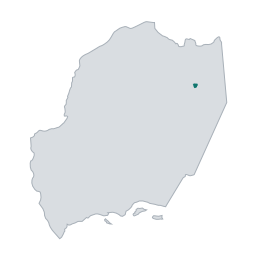 Nyamagana, Mwanza, United Republic of Tanzania shown in context, rotated 85°
{"feature_id": "72390352B17873975087440", "entity_name": "Nyamagana", "entity_type": "district", "adm_level": 2, "iso_a3": "TZA", "parent_name": "United Republic of Tanzania", "parent_adm1": "Mwanza", "projection": "albers", "projection_center": [32.9, -2.576], "detail": "fine", "context": "in_parent", "style": "filled", "palette": "teal", "viewbox_px": 256, "rotation_deg": 85, "n_neighbors": 0, "source": "geoboundaries", "source_scale": "gbopen_adm2", "svg_char_len": 4414}
<svg xmlns="http://www.w3.org/2000/svg" viewBox="0 0 256 256"><g transform="rotate(85 128 128)"><path d="M91.3,185.5L88.2,183.9L85.5,182.9L83.2,181.8L82.2,180.8L80.0,180.4L78.2,180.2L76.5,179.2L73.0,178.9L72.6,178.2L72.5,176.8L71.9,176.4L70.7,176.0L69.3,176.0L68.4,176.3L68.0,176.2L66.8,175.3L65.8,174.2L65.4,172.5L63.7,171.4L61.9,170.5L56.8,170.6L56.0,170.3L54.7,169.5L53.3,168.0L52.2,166.4L51.1,164.1L50.1,161.1L44.2,149.0L43.6,146.7L42.4,144.2L40.5,141.1L38.5,138.8L35.8,136.7L32.7,134.6L31.1,133.2L27.9,127.5L27.2,124.9L26.7,122.1L26.9,121.0L28.9,117.4L29.1,116.4L28.9,115.1L27.9,112.2L26.6,108.8L24.1,102.5L23.7,100.9L23.8,99.7L25.2,93.3L25.2,92.4L31.1,92.6L35.4,89.7L39.2,85.6L39.9,83.8L41.4,81.1L42.9,79.8L43.5,78.9L44.4,76.2L46.3,74.4L48.3,73.0L47.9,72.0L48.1,71.6L49.2,70.9L51.2,70.3L51.6,68.9L51.6,67.3L51.3,66.4L51.3,65.4L51.0,64.8L49.7,64.7L47.7,63.9L46.0,63.5L44.9,63.1L44.5,62.7L44.3,61.8L45.2,59.3L44.3,58.3L46.4,54.3L46.7,53.8L47.5,53.7L48.7,53.3L49.8,53.1L50.7,53.2L51.3,53.1L51.9,52.6L52.4,51.2L52.8,48.9L52.6,47.1L51.7,45.6L51.5,43.4L51.9,40.5L51.6,38.0L50.6,36.1L49.7,34.9L48.2,34.3L45.8,31.3L45.1,29.9L45.3,29.0L46.1,28.6L47.5,28.7L48.9,28.4L50.2,27.6L51.5,27.3L52.2,27.5L111.2,27.4L180.1,66.1L180.4,66.6L181.0,69.9L180.8,71.0L179.8,72.9L179.4,73.9L179.4,74.6L179.7,74.9L180.6,75.0L181.4,75.4L181.6,75.8L182.2,77.2L183.0,77.9L209.1,97.0L209.7,97.3L209.3,98.8L207.8,102.7L207.7,104.3L207.1,106.1L206.5,107.4L205.0,112.8L203.7,114.8L202.0,119.5L201.7,123.1L202.6,125.7L203.0,128.1L205.0,130.4L206.6,131.2L207.7,132.3L209.6,134.7L210.7,137.2L214.1,138.4L215.5,141.1L215.0,143.0L213.4,144.6L211.8,147.1L210.6,150.4L210.6,155.5L211.4,154.7L213.2,155.9L213.4,159.7L211.5,164.0L210.9,166.0L210.8,167.8L212.1,173.0L214.2,175.6L214.0,176.4L213.5,177.1L217.0,181.8L216.7,185.9L218.0,189.1L218.6,191.8L219.5,193.9L219.6,195.4L218.5,197.0L221.1,197.4L222.6,198.7L223.3,200.0L225.2,199.9L226.2,200.8L227.7,201.5L230.9,203.6L231.7,204.7L232.3,205.7L223.3,212.3L220.1,214.0L217.8,214.8L215.4,215.2L213.1,216.2L210.9,217.9L208.0,218.7L204.6,218.7L201.0,219.8L195.3,223.2L192.0,221.3L189.5,220.7L186.5,220.7L184.7,220.9L184.0,221.3L183.4,222.5L182.9,224.4L181.0,226.2L177.6,228.0L174.4,228.6L171.5,228.2L169.6,227.4L168.6,226.4L167.1,225.9L165.1,226.0L163.2,226.7L161.4,228.1L158.5,228.7L154.5,228.5L152.4,227.8L152.1,226.7L150.3,225.3L147.1,223.8L144.8,223.7L143.3,225.2L141.9,226.1L140.7,226.5L139.5,226.6L137.9,226.1L133.5,226.0L129.4,226.0L128.9,223.9L128.1,222.6L127.3,221.8L125.9,221.6L125.5,221.0L125.0,219.7L124.3,218.6L123.4,217.6L122.8,216.8L122.6,216.0L122.8,215.1L123.6,212.9L123.9,211.4L123.8,209.8L123.4,208.3L122.4,206.4L122.5,205.9L122.1,204.6L122.1,203.7L122.3,202.6L122.1,201.1L121.3,198.0L121.3,197.1L120.4,195.6L117.6,192.0L117.5,191.6L113.1,187.9L111.4,187.1L110.8,187.8L110.5,188.4L110.7,189.6L110.6,190.2L110.4,190.4L109.4,190.4L108.8,190.3L107.1,189.3L105.8,189.1L102.6,189.2L101.5,189.5L100.6,189.2L99.0,187.6L97.0,187.2L95.2,187.1L92.3,185.2L91.3,185.5ZM214.7,125.2L216.1,129.2L215.9,129.9L214.9,130.4L214.3,130.4L213.7,129.8L213.3,128.4L212.5,128.7L211.2,127.1L209.9,127.0L208.8,125.1L209.2,123.4L209.0,120.6L210.4,119.1L211.2,116.6L212.1,118.3L212.3,121.0L213.5,124.1L214.7,125.2ZM221.7,101.3L221.8,102.3L221.5,103.2L221.6,106.0L221.4,107.9L220.4,110.5L219.5,111.5L218.7,111.2L218.1,110.7L217.6,110.0L218.6,105.2L218.1,101.7L220.1,102.1L221.7,101.3ZM218.5,159.1L217.5,159.3L217.1,159.1L216.5,158.3L217.5,157.6L218.6,156.3L221.0,154.4L222.2,152.9L222.0,154.4L220.6,157.6L219.4,157.8L218.5,159.1Z" fill="#d9dde1" stroke="#a8b0b8" stroke-width="1"/><path d="M90.9,55.9L90.8,56.0L90.7,56.0L90.8,56.2L90.9,56.3L91.0,56.4L91.0,56.5L91.1,56.8L90.9,56.8L90.7,56.7L90.7,56.8L90.8,56.9L90.7,56.9L90.6,57.0L90.6,56.9L90.7,57.0L90.8,57.1L90.7,57.3L90.6,57.2L90.6,57.3L90.6,57.5L90.4,57.6L90.2,57.6L90.2,57.8L90.3,57.8L90.2,57.8L90.2,58.0L90.3,58.2L90.3,58.3L90.5,58.4L90.5,58.5L90.7,58.4L90.8,58.3L90.8,58.2L91.0,58.2L91.1,58.3L91.3,58.5L91.5,58.5L91.5,58.4L91.8,58.3L92.0,58.3L92.1,58.2L92.3,58.2L92.5,58.1L92.8,58.1L93.0,58.1L93.3,57.9L93.3,57.7L93.2,57.5L93.2,57.4L93.1,57.2L93.0,56.9L92.9,56.8L92.9,56.7L92.7,56.5L92.7,56.4L92.4,56.3L92.1,56.4L91.9,56.3L91.7,56.3L91.6,56.2L91.4,56.2L91.4,55.9L91.4,55.7L91.2,55.7L90.9,55.6L90.9,55.8L90.9,55.9ZM90.4,55.9L90.4,56.0L90.4,55.9L90.4,55.9ZM90.2,55.8L90.3,55.8L90.2,55.8L90.2,55.8Z" fill="#14b8a6" stroke="#0f766e" stroke-width="1.5"/></g></svg>